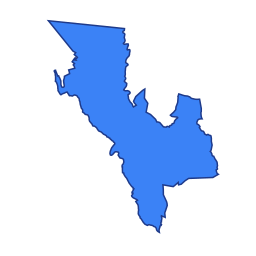 the district of Tomatlán, Veracruz, Mexico, rotated 10°
{"feature_id": "50627088B86520659550997", "entity_name": "Tomatlán", "entity_type": "district", "adm_level": 2, "iso_a3": "MEX", "parent_name": "Mexico", "parent_adm1": "Veracruz", "projection": "mercator", "projection_center": [-96.998, 19.019], "detail": "fine", "context": "isolated", "style": "filled", "palette": "blue", "viewbox_px": 256, "rotation_deg": 10, "n_neighbors": 0, "source": "geoboundaries", "source_scale": "gbopen_adm2", "svg_char_len": 5869}
<svg xmlns="http://www.w3.org/2000/svg" viewBox="0 0 256 256"><g transform="rotate(10 128 128)"><path d="M225.0,157.9L224.0,157.5L223.4,156.9L222.7,155.6L222.1,154.0L223.2,153.0L223.2,152.6L222.5,151.3L222.7,149.6L222.2,148.1L222.0,147.3L221.6,146.1L220.7,145.1L220.2,144.5L218.9,143.2L217.3,140.9L216.4,140.9L215.8,140.6L215.5,140.1L215.0,138.8L213.6,137.0L213.1,136.8L213.4,136.2L213.7,135.2L213.8,130.2L212.4,126.7L211.9,123.7L211.1,121.4L210.7,121.1L210.3,121.0L209.6,121.1L207.9,120.4L207.4,120.6L206.8,121.3L206.4,121.2L204.4,120.5L204.2,119.8L203.3,118.6L202.6,118.1L200.8,118.0L200.0,117.2L199.2,116.3L198.5,115.6L198.2,115.2L198.7,114.3L198.6,114.0L196.9,112.5L196.2,112.3L195.4,112.1L195.2,111.8L195.0,111.3L194.8,110.5L195.3,108.1L196.0,107.3L196.6,106.9L198.3,106.3L199.4,106.1L198.8,105.3L198.1,103.9L197.5,101.8L197.1,100.0L197.3,99.2L196.8,96.1L193.5,87.2L191.0,87.8L189.2,88.0L185.3,87.8L183.3,86.6L182.8,86.6L181.3,86.2L178.2,86.4L176.3,86.2L174.4,85.9L172.1,85.6L171.7,88.5L172.0,88.8L172.5,94.1L172.2,96.0L171.6,98.9L171.8,101.7L170.2,104.5L167.5,108.0L168.9,108.9L170.2,109.0L173.2,108.8L174.8,108.8L175.1,109.0L175.1,109.5L173.7,111.0L172.7,112.9L172.4,115.2L172.0,115.6L171.2,115.9L170.7,116.2L170.5,117.4L170.0,117.8L168.8,118.4L168.5,119.8L167.3,119.5L166.1,119.7L165.5,120.5L164.4,120.6L162.7,120.7L158.3,117.1L156.7,116.9L156.0,116.9L155.3,117.0L153.7,114.7L147.9,110.8L143.1,109.3L143.2,100.2L139.0,95.8L137.8,86.7L136.2,88.1L135.0,89.5L130.2,95.7L128.8,100.7L129.6,101.9L131.2,103.3L132.2,104.1L129.7,106.3L129.0,105.6L128.5,104.7L127.9,103.7L126.7,102.7L125.8,102.2L123.6,99.4L123.2,98.6L123.2,98.3L123.0,97.5L122.4,95.9L122.3,95.0L123.1,94.5L123.6,94.0L123.9,93.4L123.9,92.7L123.5,92.2L122.6,91.6L121.7,91.4L120.7,91.3L119.5,91.8L118.2,91.7L117.6,91.1L117.2,91.2L117.2,90.7L117.5,90.3L118.0,89.2L118.5,88.4L119.0,87.2L119.2,86.1L119.1,85.3L119.1,84.7L119.0,84.3L118.7,84.1L117.7,83.7L117.1,83.2L116.8,82.9L116.4,82.8L116.3,82.5L116.4,81.7L116.8,81.1L117.0,80.6L117.2,79.8L117.0,79.4L116.8,78.8L116.1,78.0L115.7,77.6L116.1,76.4L116.0,75.4L115.4,72.8L115.4,71.5L115.2,70.1L115.2,68.8L115.3,68.1L115.9,67.3L116.7,66.4L117.0,66.1L117.0,65.5L116.8,65.2L116.3,64.9L115.6,64.5L115.1,64.5L114.9,64.2L114.3,63.8L114.2,62.5L114.2,61.8L114.4,60.6L115.1,58.9L116.0,57.6L116.5,56.8L116.6,55.9L116.7,55.1L116.5,54.0L116.6,52.0L116.3,50.8L115.7,50.5L114.6,50.9L114.1,51.2L113.5,51.0L113.4,50.0L113.6,49.2L113.5,48.4L113.6,47.6L113.7,47.2L113.9,47.2L114.0,46.4L113.9,46.1L113.5,45.2L112.8,45.3L111.5,45.6L111.1,45.8L110.0,46.2L109.1,45.9L108.8,45.7L108.9,45.1L109.5,44.4L109.8,43.7L109.9,42.8L109.9,42.1L108.6,39.6L108.6,36.2L108.0,35.5L106.8,35.2L106.2,34.4L106.2,34.0L106.5,33.4L107.0,33.1L107.4,32.6L107.4,31.9L107.3,30.7L31.0,36.2L60.4,61.8L63.4,62.9L62.3,65.0L65.9,67.2L65.0,68.8L63.8,68.0L62.9,69.5L63.9,69.9L64.4,70.2L62.5,70.3L61.5,72.5L64.1,73.8L63.1,75.4L63.6,75.8L64.4,76.6L64.6,77.1L65.2,78.4L59.5,81.1L60.1,82.3L61.1,84.6L56.4,88.1L56.6,89.7L56.3,92.5L56.8,94.3L57.8,97.2L58.0,97.9L57.8,98.5L57.3,99.1L56.8,99.3L55.8,99.2L55.2,98.5L54.4,96.9L53.8,93.8L53.5,92.9L52.1,90.7L50.7,89.0L50.6,88.7L49.8,89.0L46.7,84.0L46.6,83.7L45.9,83.9L45.4,84.6L45.6,85.1L46.6,86.5L47.0,87.3L47.1,88.3L47.7,89.7L48.3,93.1L48.4,93.7L48.3,94.5L49.1,95.0L49.6,95.5L50.7,97.2L50.9,97.7L51.3,98.4L51.8,99.9L51.9,100.9L52.3,101.7L52.6,103.3L53.3,104.2L53.6,104.4L54.3,105.3L55.6,106.7L56.2,106.9L57.6,105.6L59.1,104.8L60.6,103.7L61.3,103.3L61.9,103.2L63.2,104.8L63.6,104.9L64.4,106.2L65.0,106.4L65.8,106.1L67.6,106.2L68.5,105.5L69.4,104.8L70.8,104.8L72.1,105.1L73.4,106.5L74.3,107.0L74.9,107.8L75.2,109.0L75.5,109.7L75.9,110.0L77.0,113.3L78.0,115.2L78.4,116.2L78.7,116.7L79.4,117.2L80.1,117.9L80.3,118.4L80.5,120.1L80.9,120.4L82.0,120.8L83.5,122.0L85.9,122.1L86.4,122.4L87.3,123.6L87.8,124.4L88.1,125.3L88.2,126.2L88.6,127.2L89.0,128.0L90.9,129.6L91.7,130.2L92.5,131.3L92.9,132.0L93.5,132.1L94.7,132.0L95.7,132.5L96.7,133.0L97.3,133.5L98.0,134.4L98.6,135.0L99.5,135.9L100.5,136.2L102.4,136.6L104.9,138.3L106.7,138.8L108.0,139.3L108.9,140.5L110.2,140.5L111.3,141.2L111.9,141.2L112.4,141.9L112.9,142.3L113.4,142.3L114.4,143.2L115.2,143.3L116.3,144.4L116.8,144.5L117.4,145.0L117.7,145.7L117.6,146.5L117.0,147.2L116.4,148.2L116.2,149.0L115.7,149.6L115.3,150.6L115.1,151.4L114.8,153.1L114.6,153.7L114.6,155.6L114.7,156.4L115.3,157.6L116.0,157.8L116.6,157.6L117.4,156.9L118.5,155.2L118.7,154.7L119.2,154.0L119.5,153.9L119.8,153.6L120.1,153.5L120.9,153.4L122.6,153.5L123.3,154.3L123.0,156.4L125.3,158.9L128.0,159.1L129.0,159.8L129.8,162.2L129.5,164.2L128.7,165.6L128.9,167.3L129.3,167.3L129.6,169.4L130.4,173.0L131.6,173.1L132.1,174.5L133.8,176.4L135.4,177.7L138.9,182.3L139.4,182.7L141.4,184.6L142.6,185.5L143.3,185.7L143.7,187.1L144.3,187.0L143.8,188.8L143.1,190.4L143.2,191.3L144.2,191.3L144.2,192.0L144.0,192.6L143.3,193.9L143.7,194.8L145.2,195.8L149.2,197.0L149.9,197.5L148.4,199.0L149.2,199.9L150.5,201.2L151.1,201.9L151.5,202.7L152.0,204.3L152.1,205.1L152.7,206.9L152.7,208.3L153.0,210.7L153.5,211.5L154.1,212.2L154.5,212.6L155.2,213.2L155.5,214.4L156.4,215.0L156.8,215.3L158.8,217.5L159.5,218.3L160.3,218.9L161.2,219.7L163.4,220.4L164.2,220.5L164.9,219.8L165.5,219.5L166.6,219.7L168.5,219.7L169.5,219.9L170.6,220.5L171.6,220.6L172.4,221.0L173.0,221.6L173.5,222.4L173.8,223.3L174.5,224.1L175.4,224.7L177.0,225.3L176.4,223.7L176.3,222.7L176.4,221.3L176.6,220.4L176.5,219.1L177.5,218.3L177.7,217.3L177.1,217.2L177.1,216.4L176.8,215.7L176.9,215.1L177.3,214.6L176.8,213.7L177.1,213.2L177.0,210.7L176.3,209.6L176.2,208.7L178.6,209.2L179.8,209.4L180.1,209.5L179.0,205.4L179.0,204.8L179.5,201.8L180.1,197.5L179.5,195.4L178.8,193.9L174.7,188.0L174.4,187.5L174.2,186.4L173.5,182.7L172.3,177.9L182.7,177.9L183.8,176.7L186.9,172.9L187.1,173.8L187.7,175.2L190.2,174.1L193.4,170.0L196.5,167.1L220.2,162.0L225.0,157.9Z" fill="#3b82f6" stroke="#1e3a8a" stroke-width="1.5"/></g></svg>